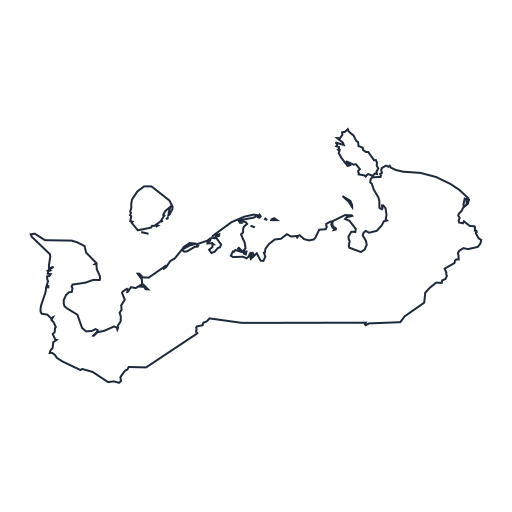 an SVG outline of Nenets
{"feature_id": "RUS-2381", "entity_name": "Nenets", "entity_type": "Autonomous Province", "adm_level": 1, "iso_a3": "RUS", "parent_name": "Russia", "parent_adm1": "", "projection": "mercator", "projection_center": [54.749, 68.144], "detail": "fine", "context": "isolated", "style": "outline", "palette": "slate", "viewbox_px": 512, "rotation_deg": 0, "n_neighbors": 0, "source": "natural_earth", "source_scale": "10m", "svg_char_len": 6059}
<svg xmlns="http://www.w3.org/2000/svg" viewBox="0 0 512 512"><path d="M49.7,353.0L50.3,350.7L52.6,347.9L53.3,342.2L56.7,339.9L55.2,339.4L52.7,334.0L54.7,332.1L55.0,328.3L55.8,327.0L53.6,322.2L51.4,319.9L52.9,317.4L51.1,318.3L47.3,314.6L41.6,313.7L40.5,311.4L40.6,308.4L41.2,305.0L45.4,292.8L46.2,287.3L48.3,287.3L48.2,285.9L46.7,285.5L48.0,281.3L47.1,278.7L47.1,276.4L49.4,276.0L50.7,274.1L47.8,273.7L48.1,271.5L49.6,270.8L48.1,270.5L53.6,266.8L49.0,268.3L48.9,265.6L50.3,256.4L49.9,254.2L31.8,236.8L30.7,234.3L34.8,233.7L45.0,240.2L71.6,240.6L77.2,242.3L84.5,246.0L86.2,252.7L96.4,263.1L94.9,264.2L96.5,264.4L96.8,269.3L99.8,276.0L100.1,278.5L99.7,280.0L93.2,279.9L85.7,282.6L72.5,284.6L71.6,286.6L72.5,288.2L71.8,291.9L68.8,292.4L66.0,295.1L63.8,299.9L63.7,303.5L64.5,306.2L66.6,308.1L77.4,314.7L82.1,328.0L86.1,331.4L91.7,331.0L95.5,329.1L97.6,330.1L97.7,331.2L93.2,335.7L93.8,335.8L97.3,332.3L104.3,330.8L114.0,326.5L117.0,327.7L117.4,329.5L117.9,328.4L117.9,325.6L120.7,321.2L120.8,316.6L119.6,312.7L121.6,309.8L121.2,305.3L124.8,299.7L122.3,293.6L122.1,292.5L122.8,291.5L126.9,288.8L127.9,289.4L127.3,292.0L127.7,291.9L131.0,287.2L135.7,288.1L140.0,285.4L140.8,286.2L140.0,286.6L144.5,286.9L145.9,288.0L145.2,288.7L145.9,289.3L148.1,289.4L143.2,284.4L141.5,284.8L142.1,282.3L141.8,279.3L137.7,273.7L139.3,273.7L142.8,277.4L148.7,277.6L166.5,265.3L163.0,269.3L166.2,267.1L170.2,261.1L174.9,258.3L181.8,249.7L184.2,251.7L187.4,251.2L194.8,246.8L197.7,246.6L198.1,245.9L197.0,245.6L197.5,244.0L207.6,240.6L210.0,238.5L210.8,238.4L210.1,240.7L207.6,242.2L207.4,243.5L212.3,243.1L213.7,244.4L212.4,244.5L212.4,247.2L209.1,249.7L211.4,253.0L214.5,251.9L217.9,248.0L220.0,247.3L221.1,244.5L216.3,238.0L216.4,236.5L219.0,235.9L219.2,234.3L216.4,235.3L214.7,238.3L212.0,237.7L213.0,235.7L231.6,222.1L244.2,216.7L253.7,214.6L258.0,215.3L253.8,217.6L238.5,220.5L239.9,222.8L241.3,222.8L240.4,221.7L241.2,221.0L245.8,222.2L247.2,223.9L243.9,226.6L243.2,228.5L243.0,232.6L241.0,234.4L244.7,242.7L245.5,248.2L242.7,251.6L238.8,247.8L238.1,248.5L240.4,251.6L235.4,250.0L234.1,251.7L233.0,251.4L230.8,255.7L233.1,257.1L242.8,256.7L246.5,258.3L248.4,256.9L250.4,252.9L251.1,253.0L250.1,256.1L250.8,258.9L256.8,253.3L260.6,260.7L263.4,260.9L265.3,256.6L263.9,252.7L264.9,252.4L265.5,248.6L269.0,244.0L274.7,239.5L280.9,238.8L286.9,234.2L291.0,236.5L297.1,236.0L297.4,236.5L296.9,238.4L298.4,235.6L299.6,235.2L304.0,239.1L308.9,240.4L313.7,239.5L315.4,237.7L319.2,229.7L325.8,229.2L326.8,226.8L326.2,225.5L326.3,223.9L330.6,221.5L332.1,221.5L331.3,224.7L332.5,227.5L334.8,228.9L334.0,230.0L335.7,229.6L336.0,228.5L332.9,226.4L332.3,224.1L332.6,221.2L344.9,215.1L351.8,215.3L352.2,215.9L346.7,217.2L345.1,219.0L349.4,220.7L355.8,228.9L355.3,232.0L351.4,231.7L348.5,236.5L348.7,239.2L349.7,241.3L348.8,245.3L349.1,247.6L360.9,252.0L364.6,249.6L366.7,244.9L366.0,241.0L362.7,235.4L363.6,232.7L365.7,230.9L369.1,232.7L376.8,230.8L381.6,225.6L383.9,221.2L387.0,220.5L385.7,219.3L386.5,215.1L385.6,208.4L383.1,205.3L382.0,205.4L382.4,208.6L381.8,209.3L379.4,207.8L379.3,200.8L378.4,197.4L373.7,189.5L371.8,183.7L370.2,182.4L370.5,179.6L372.1,177.4L380.6,176.9L380.9,175.6L380.2,173.9L382.0,172.8L381.2,170.4L381.7,168.1L386.1,165.6L388.5,166.8L389.7,165.7L390.8,167.6L395.8,170.0L403.1,171.7L420.4,172.9L436.1,177.0L450.5,184.0L459.0,189.6L468.2,198.1L467.4,199.3L464.7,198.6L463.4,204.9L463.8,207.0L466.7,204.2L466.6,200.5L468.9,200.0L467.9,203.7L463.0,207.9L461.8,210.7L458.6,214.0L458.3,215.7L459.7,217.9L458.6,220.5L459.1,222.5L462.9,223.3L463.9,221.3L469.7,225.9L474.4,226.3L475.0,227.2L474.8,230.6L476.4,230.7L476.7,232.0L475.8,232.9L476.3,234.2L478.7,238.4L481.3,240.0L480.3,243.7L477.8,246.9L468.2,249.1L463.3,248.2L459.2,250.8L457.9,253.2L458.5,255.2L458.7,259.4L456.4,259.4L454.9,260.8L454.5,263.0L444.6,268.7L446.3,272.3L446.2,274.2L446.9,275.9L445.4,279.0L442.1,280.4L441.7,282.9L436.3,282.6L430.0,287.6L425.3,292.6L424.2,302.7L404.7,316.3L400.2,322.2L369.1,323.4L365.8,325.2L364.9,324.3L365.8,322.7L242.1,322.9L209.5,318.4L206.8,321.4L203.3,322.7L202.6,325.2L196.8,326.5L196.2,327.6L196.6,329.6L196.0,331.7L197.3,333.2L196.5,333.9L146.1,367.4L128.7,367.0L127.3,369.6L125.1,370.6L120.9,376.3L120.4,377.6L121.0,381.0L119.0,382.8L113.9,381.4L108.0,382.1L92.6,371.9L82.2,369.0L80.4,370.0L62.7,361.6L57.0,358.0L54.9,354.9L52.1,352.9L49.7,353.0ZM172.6,206.8L172.4,209.1L169.5,214.6L168.4,215.5L168.9,211.7L170.6,206.6L165.2,211.1L163.2,214.8L164.3,215.5L160.5,221.4L154.5,225.8L152.1,225.8L151.0,227.6L137.8,230.3L131.7,222.8L132.6,221.7L130.3,221.1L131.2,216.2L130.1,215.2L131.0,212.8L130.2,211.7L131.3,207.8L131.2,204.1L132.0,199.6L137.3,191.5L144.1,186.4L151.5,186.4L169.4,200.5L172.6,206.8ZM378.3,168.4L376.5,171.5L377.0,174.0L375.0,173.5L372.6,175.9L368.1,174.0L365.8,176.0L366.1,177.2L364.5,175.4L358.7,174.4L359.0,173.5L358.1,171.8L358.3,170.7L359.9,169.2L356.0,164.3L353.5,164.6L346.1,161.2L350.0,165.2L347.6,166.0L341.2,157.6L338.7,153.1L339.4,151.1L338.2,149.9L339.5,149.5L338.8,148.7L339.1,147.1L336.3,146.2L337.3,144.2L335.5,142.4L343.8,145.0L342.8,142.5L337.1,138.1L340.0,138.1L342.4,134.8L342.1,132.3L344.8,131.9L347.8,129.2L348.5,131.3L353.7,135.7L356.2,140.8L358.1,142.1L358.5,146.0L362.7,147.7L363.1,150.0L366.0,152.0L368.2,152.0L374.1,160.3L375.8,160.0L377.0,162.5L376.7,165.7L378.3,168.4ZM189.7,243.0L196.3,243.7L189.7,245.4L182.1,249.7L183.7,247.0L189.7,243.0ZM352.2,205.3L352.2,207.1L348.5,201.6L342.5,196.1L350.4,200.9L352.2,205.3ZM252.6,253.2L253.6,254.4L253.0,256.2L250.7,256.4L251.5,253.8L253.3,252.3L252.6,253.2ZM243.8,251.5L246.5,251.5L245.8,254.4L244.0,253.6L243.8,251.5ZM274.2,218.2L277.0,220.1L271.3,220.1L271.6,219.3L274.2,218.2ZM259.6,214.8L260.7,216.3L259.5,217.7L258.2,217.3L259.6,214.8ZM250.5,225.7L254.2,227.0L254.6,227.4L250.5,225.7ZM142.2,232.2L148.5,233.8L141.3,232.2L142.2,232.2ZM265.3,218.6L267.2,220.0L265.0,219.1L265.3,218.6ZM157.5,225.5L158.0,225.6L155.9,226.9L157.5,225.5ZM166.1,219.1L168.3,217.3L167.5,218.5L166.1,219.1ZM161.2,222.0L162.9,220.5L161.1,222.1L161.2,222.0Z" fill="none" stroke="#1e293b" stroke-width="2"/></svg>